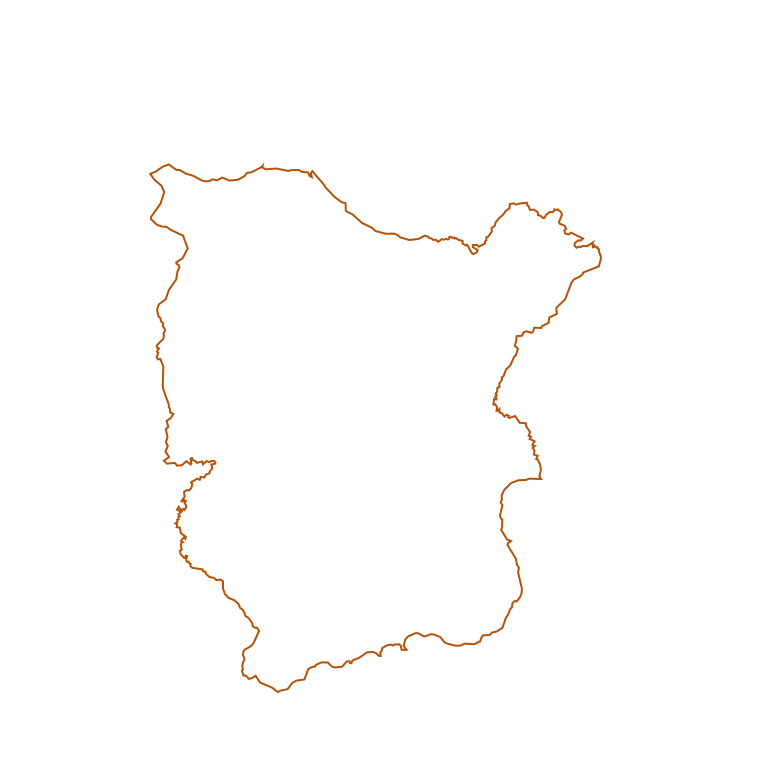 Nagekeo, Nusa Tenggara Timur, Indonesia, rotated 342°
{"feature_id": "22746128B97494513966687", "entity_name": "Nagekeo", "entity_type": "district", "adm_level": 2, "iso_a3": "IDN", "parent_name": "Indonesia", "parent_adm1": "Nusa Tenggara Timur", "projection": "albers", "projection_center": [121.268, -8.674], "detail": "fine", "context": "isolated", "style": "outline", "palette": "amber", "viewbox_px": 768, "rotation_deg": 342, "n_neighbors": 0, "source": "geoboundaries", "source_scale": "gbopen_adm2", "svg_char_len": 6154}
<svg xmlns="http://www.w3.org/2000/svg" viewBox="0 0 768 768"><g transform="rotate(342 384 384)"><path d="M626.2,314.0L620.2,315.7L615.3,314.1L613.4,314.7L611.6,313.5L609.2,313.9L607.9,311.1L609.0,308.9L613.2,307.5L615.3,308.4L618.2,307.2L608.6,297.8L606.0,298.9L602.9,296.9L602.9,293.7L605.1,292.7L604.9,289.4L600.7,286.0L600.4,284.1L605.5,278.1L605.6,275.5L603.2,271.6L601.5,271.7L600.0,270.5L598.7,272.2L597.0,272.6L594.9,271.6L590.3,273.3L588.0,275.6L586.7,275.4L584.6,272.0L582.7,271.1L583.3,268.0L580.3,264.4L576.5,263.5L576.6,259.6L575.5,258.5L576.0,255.9L570.0,254.4L565.0,254.2L563.0,252.2L559.3,251.8L557.6,255.7L553.3,257.0L549.0,260.1L545.1,261.6L540.3,264.6L538.3,267.7L534.4,269.0L533.6,272.4L528.7,276.0L526.6,276.1L525.9,278.9L524.1,279.7L523.5,281.6L516.6,282.7L515.5,280.6L511.5,279.3L510.8,281.3L514.5,285.5L512.9,287.4L509.0,288.1L507.9,286.3L506.1,277.3L504.6,277.5L502.1,274.9L503.0,272.3L499.0,269.6L497.5,267.4L496.0,267.5L495.8,266.3L493.9,266.0L492.9,264.5L491.7,264.2L490.5,266.1L489.3,266.3L488.0,265.1L485.4,265.2L483.9,264.1L479.5,265.5L477.9,262.9L475.2,262.1L474.2,260.2L472.3,259.5L471.3,257.3L468.4,255.5L461.6,256.7L452.7,254.9L444.8,249.6L442.5,246.0L439.9,244.1L432.0,241.6L423.1,235.8L420.9,231.7L412.6,223.8L406.6,213.1L401.8,208.4L401.3,207.2L403.3,200.1L399.8,198.0L394.8,190.8L388.7,178.1L388.7,176.4L381.6,159.5L379.5,161.1L379.3,164.9L377.6,163.1L377.1,159.5L371.1,156.6L369.4,154.3L362.4,152.0L359.0,151.9L348.2,145.8L338.0,143.3L335.2,140.5L336.0,138.9L334.4,139.9L323.3,141.7L318.9,140.9L315.6,143.2L308.2,144.6L300.0,142.8L294.0,137.7L288.3,138.7L284.0,136.3L281.0,137.0L276.8,136.1L273.8,134.3L266.7,126.9L260.8,122.9L255.5,117.2L252.8,116.3L247.2,108.7L240.5,109.0L232.4,111.5L226.7,111.9L228.6,118.6L233.6,126.6L234.3,133.6L227.1,143.5L214.2,153.0L213.3,155.2L217.2,162.3L221.2,165.5L225.8,167.4L228.8,171.5L238.7,180.8L239.2,194.4L231.2,202.3L224.0,204.1L223.8,205.5L225.5,207.4L225.5,209.8L222.4,213.1L218.6,220.4L208.6,228.0L202.7,235.8L194.4,238.7L191.1,243.2L190.4,250.3L191.6,252.0L191.3,255.7L192.9,257.9L191.6,260.6L192.6,264.9L189.7,268.3L189.7,269.9L188.1,272.8L179.8,277.1L179.5,279.5L181.0,280.6L178.1,283.0L178.9,284.7L176.1,288.1L176.6,290.7L179.1,291.2L179.5,299.2L173.1,317.1L172.4,321.4L173.0,337.4L172.2,339.1L172.7,341.4L171.9,345.0L174.4,347.3L170.9,350.4L165.8,351.9L165.6,358.1L162.5,359.6L161.7,367.6L158.5,372.3L159.3,376.0L155.3,380.7L157.0,387.1L151.0,388.9L153.0,392.7L160.7,394.4L162.0,397.7L166.8,398.8L172.0,396.3L175.3,400.8L176.2,399.9L177.0,395.1L178.2,394.9L178.8,395.4L178.5,397.1L180.9,399.3L181.5,401.1L187.2,401.5L187.0,404.4L191.5,402.5L193.4,404.3L196.1,403.8L198.6,404.7L199.5,406.5L198.6,407.6L195.0,407.2L194.7,411.2L191.2,413.3L190.4,415.0L186.8,415.0L184.3,417.3L180.9,415.7L179.1,418.2L177.0,416.3L170.1,418.0L170.7,420.2L168.5,423.5L165.8,424.9L163.2,424.0L160.5,424.8L159.5,429.8L155.2,432.7L156.4,433.6L158.3,432.9L159.4,434.0L157.6,435.6L158.4,438.6L157.1,440.9L155.2,442.2L154.3,440.8L152.2,441.7L150.8,437.4L148.2,439.6L151.9,443.0L148.3,444.2L148.9,446.7L147.4,446.8L146.9,449.1L145.4,449.2L145.1,451.3L142.5,452.0L143.9,453.6L142.6,456.1L145.5,457.6L144.7,463.0L148.3,468.1L147.2,469.8L146.2,468.1L142.8,470.1L142.5,471.0L143.8,472.2L142.3,472.5L141.0,474.1L140.5,479.0L138.4,479.6L137.9,482.9L140.2,487.7L141.4,487.5L142.4,486.1L143.7,487.0L141.7,489.0L141.5,492.0L143.2,492.5L143.3,494.0L144.5,495.3L143.5,497.2L144.8,499.5L154.2,504.3L154.0,506.2L156.2,507.4L156.1,509.7L158.4,513.7L162.2,515.7L164.1,518.8L167.9,519.4L169.9,521.8L167.7,528.9L167.8,534.4L170.1,539.5L174.7,543.2L177.7,548.3L177.9,552.4L179.9,555.1L180.6,558.5L180.5,561.7L183.1,565.1L184.8,571.0L184.2,573.7L185.9,575.9L187.9,576.5L188.8,580.3L180.3,589.7L176.6,592.1L169.6,593.6L167.6,595.1L166.1,597.8L166.4,602.5L163.5,605.7L161.9,609.0L161.7,611.7L160.4,612.6L160.2,617.8L162.6,618.7L164.4,622.7L167.7,622.9L171.7,621.8L173.9,629.7L183.8,638.2L187.8,644.2L190.7,643.6L198.0,644.4L204.6,639.9L208.7,639.0L217.0,640.4L224.1,631.5L228.8,630.9L231.0,631.4L232.7,630.0L238.7,629.5L244.5,631.5L247.1,636.6L249.2,638.2L256.5,640.0L262.8,636.4L265.4,637.0L265.5,638.9L266.8,639.5L267.9,637.8L269.9,637.0L275.7,636.8L284.9,633.9L290.9,635.5L293.6,637.9L294.8,640.7L296.8,641.6L297.6,637.9L299.1,637.5L300.8,634.6L305.4,633.5L310.1,633.9L311.8,635.5L313.8,635.0L318.2,636.4L319.1,638.1L318.6,641.5L319.1,642.6L323.3,643.7L321.7,639.3L325.4,633.4L329.2,631.4L337.1,630.7L339.6,631.7L344.2,636.7L351.7,636.5L354.8,638.2L359.4,642.2L361.7,648.4L363.3,649.9L370.9,654.9L375.5,656.3L380.5,655.9L389.2,659.3L395.8,658.5L398.7,654.8L400.7,653.7L406.9,655.4L409.9,653.8L414.8,654.2L421.4,652.4L427.8,643.8L430.4,642.1L434.3,637.2L436.8,635.8L438.6,631.9L441.8,630.8L443.1,631.8L447.6,628.6L449.9,626.0L451.9,621.5L453.3,604.9L455.5,600.3L454.6,596.9L455.4,590.8L451.7,575.4L453.0,573.6L456.2,572.6L453.0,569.9L450.4,558.9L452.3,556.3L454.6,549.4L453.6,547.9L453.7,544.8L459.2,536.0L458.3,532.9L460.4,530.3L461.5,526.3L465.8,521.7L474.5,517.4L482.2,517.1L489.3,519.1L493.4,519.0L504.0,522.9L503.3,519.7L506.7,514.2L507.6,508.4L506.8,503.1L505.6,502.4L508.0,499.8L504.7,497.4L506.6,493.8L505.6,490.9L508.1,489.6L506.5,489.1L506.2,487.9L509.5,485.1L505.5,481.1L507.6,479.6L505.6,477.9L508.1,474.8L506.2,468.2L506.8,465.2L501.1,462.8L498.8,455.0L492.8,455.0L491.8,454.0L492.9,452.7L491.0,451.1L488.6,452.2L487.1,448.3L485.0,446.7L486.0,443.5L483.8,444.6L482.7,444.2L484.4,441.2L483.5,437.7L481.7,437.3L484.0,432.4L486.1,433.4L486.6,432.2L485.7,430.6L487.8,429.5L487.1,428.0L489.4,426.0L490.6,422.7L493.0,422.5L493.6,419.3L497.6,416.3L498.1,414.0L500.0,413.6L504.6,407.8L509.7,405.5L516.3,398.2L518.1,397.7L522.3,391.8L520.2,388.0L522.6,384.8L524.9,379.5L530.1,380.8L532.6,378.0L535.8,377.9L540.1,380.9L541.6,380.5L544.4,376.9L550.8,379.3L552.0,377.8L559.3,376.7L561.9,371.8L570.1,370.7L571.3,364.9L582.5,359.4L593.3,345.9L596.7,343.3L603.3,342.4L606.7,341.0L608.1,339.5L624.7,338.5L628.9,332.1L629.7,329.2L629.4,324.2L630.1,322.6L628.8,320.8L629.3,320.0L627.9,319.4L627.0,317.5L626.6,318.5L624.9,318.5L625.7,316.8L625.2,315.0L626.2,314.0Z" fill="none" stroke="#b45309" stroke-width="2"/></g></svg>